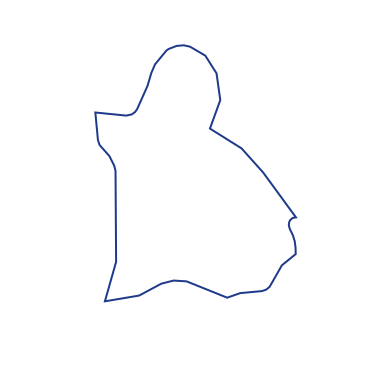 SVG path tracing the border of Tower Hamlets, rotated 202°
{"feature_id": "GBR-2077", "entity_name": "Tower Hamlets", "entity_type": "London Borough", "adm_level": 1, "iso_a3": "GBR", "parent_name": "United Kingdom", "parent_adm1": "", "projection": "orthographic", "projection_center": [-0.03, 51.512], "detail": "fine", "context": "isolated", "style": "outline", "palette": "blue", "viewbox_px": 384, "rotation_deg": 202, "n_neighbors": 0, "source": "natural_earth", "source_scale": "10m", "svg_char_len": 744}
<svg xmlns="http://www.w3.org/2000/svg" viewBox="0 0 384 384"><g transform="rotate(202 192 192)"><path d="M86.1,207.4L87.3,206.7L88.9,205.6L89.8,204.1L90.5,202.4L90.6,200.7L90.1,198.3L89.3,196.8L87.7,194.6L82.2,189.6L78.3,184.8L75.1,179.1L72.6,173.3L81.2,157.7L84.5,133.2L86.6,129.3L90.1,126.3L109.4,116.3L119.8,107.2L163.6,107.1L175.9,103.0L186.1,95.5L202.2,76.2L231.8,58.0L236.2,98.8L270.8,182.9L273.9,187.2L282.1,194.4L295.2,200.9L298.6,204.8L311.4,229.5L281.6,238.2L276.9,241.4L274.7,244.9L273.9,248.4L273.0,273.9L274.3,286.9L274.1,296.5L268.7,313.6L267.2,315.9L261.1,321.6L254.7,324.9L248.3,326.0L230.7,323.4L213.7,311.2L200.2,287.8L199.1,257.5L162.4,251.0L133.3,236.7L86.1,207.4Z" fill="none" stroke="#1e3a8a" stroke-width="2"/></g></svg>